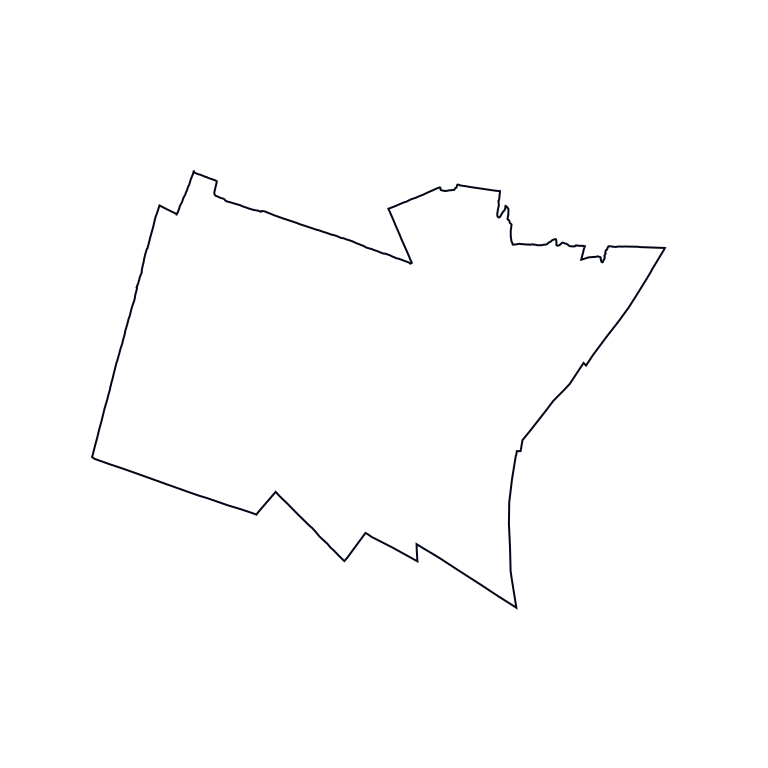 Garla Mare, Mehedinti, Romania, rotated 260°
{"feature_id": "2599482B64149549222461", "entity_name": "Garla Mare", "entity_type": "district", "adm_level": 2, "iso_a3": "ROU", "parent_name": "Romania", "parent_adm1": "Mehedinti", "projection": "albers", "projection_center": [22.804, 44.221], "detail": "fine", "context": "isolated", "style": "outline", "palette": "ink", "viewbox_px": 768, "rotation_deg": 260, "n_neighbors": 0, "source": "geoboundaries", "source_scale": "gbopen_adm2", "svg_char_len": 6158}
<svg xmlns="http://www.w3.org/2000/svg" viewBox="0 0 768 768"><g transform="rotate(260 384 384)"><path d="M578.3,285.3L580.7,280.6L581.9,278.6L583.4,275.8L583.9,275.0L585.0,273.5L587.7,267.9L588.8,265.9L591.0,261.2L591.9,259.8L592.4,259.5L592.9,259.3L593.6,259.0L594.5,257.8L595.7,255.3L597.3,253.0L598.8,250.6L599.9,250.2L601.0,250.0L602.0,250.1L612.3,254.5L612.7,254.5L612.9,254.4L614.1,252.8L617.6,246.5L618.4,245.5L619.1,244.0L622.1,239.3L622.5,238.2L623.6,236.2L624.2,235.4L624.6,234.8L625.1,234.1L625.7,233.8L626.1,233.7L627.3,234.0L625.3,232.9L623.9,232.3L622.7,231.5L618.5,228.9L616.1,227.8L615.7,227.5L614.0,226.8L612.8,225.6L612.3,225.4L608.7,223.4L606.4,221.8L605.3,221.4L602.0,218.7L598.4,216.8L596.1,215.0L595.0,214.1L594.1,213.5L593.1,213.2L589.2,210.9L586.9,209.2L587.0,209.0L587.7,208.9L594.1,200.1L598.8,193.9L591.6,190.1L588.3,188.1L585.2,186.7L578.4,183.8L567.6,178.6L565.6,177.8L558.6,174.6L558.4,174.1L556.7,173.1L552.5,171.1L549.4,169.7L544.9,168.1L542.9,167.1L537.5,165.0L536.9,165.0L536.3,164.9L535.1,164.3L531.5,162.0L528.8,160.9L528.0,160.4L525.1,159.1L524.1,158.1L523.5,158.1L522.9,157.8L522.3,157.2L522.1,157.1L521.6,157.4L520.9,157.3L520.2,157.0L515.1,154.6L512.3,153.7L510.8,153.1L508.7,152.1L505.5,150.2L504.6,149.8L503.6,149.2L500.7,147.8L496.0,145.8L493.9,144.7L492.7,143.9L488.4,142.0L482.3,139.0L480.9,138.2L480.6,138.0L479.9,138.0L479.3,137.8L476.4,136.5L471.8,134.2L470.1,133.7L464.2,130.5L459.8,128.5L454.3,125.8L453.3,125.4L451.3,124.2L439.6,119.0L436.5,117.7L432.0,115.5L430.5,115.0L428.2,113.8L427.1,113.5L425.4,112.8L419.5,109.9L418.7,109.7L417.5,109.1L407.6,104.2L396.6,99.4L388.0,95.3L381.0,92.3L374.9,89.4L363.7,84.3L362.7,83.8L360.5,86.0L352.8,99.6L346.4,111.4L338.0,126.3L322.9,152.7L311.9,172.1L306.2,182.3L302.7,189.3L291.4,209.6L286.7,219.0L280.8,230.0L277.5,235.8L279.0,237.1L296.6,258.6L292.1,261.4L282.5,268.4L270.9,276.3L257.2,286.1L254.8,288.2L250.5,290.9L244.8,294.1L236.5,300.5L232.4,302.8L228.7,305.7L222.1,310.1L216.5,314.2L219.6,318.0L233.1,332.1L240.5,339.9L238.8,342.0L235.6,345.2L221.8,363.5L203.6,386.1L215.5,387.5L220.6,388.3L216.5,392.9L203.5,407.9L190.0,422.3L168.0,446.1L159.6,454.9L154.1,460.8L140.7,475.5L171.6,476.0L177.8,476.2L201.0,479.7L224.4,482.7L245.8,486.8L267.9,493.5L290.3,501.3L291.3,502.0L294.8,503.1L294.2,506.9L304.6,510.6L313.1,520.4L329.8,539.0L338.0,547.8L347.0,560.5L351.8,566.9L370.1,584.2L367.1,586.2L376.2,594.8L392.8,612.4L405.2,626.2L416.9,638.3L425.7,646.4L441.8,660.8L449.2,667.2L450.0,667.6L467.3,682.8L469.2,684.2L474.4,659.8L475.1,657.7L475.8,654.1L477.5,645.4L478.1,641.3L478.4,640.5L478.5,640.0L478.6,638.7L478.8,637.2L478.7,636.5L478.9,635.2L480.2,631.1L480.6,628.9L478.9,627.6L478.5,627.5L477.4,626.6L477.4,626.2L478.0,626.2L474.8,624.6L474.4,624.7L474.0,624.9L473.4,624.5L472.3,623.5L471.9,623.3L471.5,623.3L471.3,623.5L470.6,623.4L469.9,623.1L469.4,623.1L468.8,622.7L468.5,622.3L466.9,621.0L465.9,620.5L465.9,620.4L466.2,619.7L466.4,619.5L467.0,619.3L469.2,619.1L470.3,619.3L471.1,619.3L471.3,619.2L471.3,618.9L472.4,617.2L472.6,616.2L472.5,614.5L472.6,612.9L472.7,612.7L473.1,608.5L473.1,606.7L472.5,602.6L472.3,601.4L472.2,599.8L474.9,601.0L479.3,603.1L481.6,604.0L484.8,605.7L484.9,605.1L485.4,604.3L485.5,603.7L485.6,603.2L485.8,602.7L486.0,601.5L486.2,600.6L486.3,599.7L486.5,599.0L486.8,598.6L487.2,597.2L487.1,596.7L486.7,596.7L486.4,595.5L486.6,594.8L486.7,593.6L487.1,592.6L487.3,591.4L488.3,589.9L489.2,589.3L490.4,588.1L490.8,587.0L491.2,586.2L491.8,585.4L492.0,585.0L492.2,584.3L491.8,583.2L491.3,582.7L490.7,581.8L490.4,580.9L490.1,580.2L490.1,579.8L490.2,578.5L490.7,578.0L491.0,577.9L494.0,578.5L496.6,578.5L496.7,578.4L496.9,577.0L496.7,575.8L496.3,574.4L495.6,573.5L495.2,572.7L495.0,571.6L494.3,570.0L493.5,569.1L493.3,568.3L493.2,567.1L493.4,566.1L493.5,565.4L493.3,563.9L493.4,562.7L493.6,561.8L494.1,559.0L495.0,557.0L495.4,555.2L495.7,554.8L495.8,554.0L495.8,553.2L495.8,551.8L496.3,550.8L496.6,548.6L497.1,546.6L497.5,545.6L498.0,543.2L498.5,541.9L498.6,540.8L498.6,539.2L498.5,538.4L498.8,536.2L498.8,535.5L498.8,535.1L499.1,534.9L499.4,534.9L500.9,534.8L502.4,534.3L507.7,534.5L513.3,535.5L517.9,537.0L518.9,537.3L519.5,537.1L520.7,535.9L523.3,535.7L524.5,534.5L525.3,534.3L529.0,535.8L534.4,536.9L535.4,536.7L536.7,536.0L537.9,535.2L538.3,534.6L537.6,534.2L536.1,534.1L534.3,532.9L532.7,530.9L528.7,527.5L528.1,526.5L528.1,525.8L529.3,524.9L531.2,524.9L535.8,526.4L540.5,528.3L541.3,528.2L543.2,528.5L544.1,528.3L545.4,529.3L547.4,530.0L549.7,530.5L551.0,531.0L553.4,531.7L554.0,531.6L553.9,531.1L555.3,526.4L563.1,502.9L564.9,498.0L565.4,496.2L566.4,493.4L567.4,491.8L567.6,491.0L567.3,490.7L566.7,490.3L565.1,489.6L564.8,489.2L564.6,488.9L564.4,488.1L564.2,487.9L563.8,487.6L563.1,487.0L563.0,486.6L563.4,481.2L563.3,479.9L563.5,477.5L564.6,474.7L565.1,473.8L565.4,473.5L567.5,473.6L567.8,473.4L567.9,473.1L567.8,472.0L567.1,468.5L566.2,465.3L565.4,461.8L564.6,458.8L563.4,454.6L563.3,454.0L563.2,453.1L562.8,451.2L562.0,448.2L561.5,444.9L561.3,443.2L560.7,441.1L559.8,438.1L559.6,437.1L559.5,436.1L559.2,434.2L557.1,425.4L556.6,422.8L556.0,420.0L555.9,418.8L555.4,418.9L545.6,421.3L538.8,422.8L527.6,425.5L523.6,426.3L508.9,430.0L504.6,431.0L503.4,431.2L498.5,432.4L497.9,430.9L498.8,430.1L499.7,429.0L502.3,424.5L503.0,423.4L504.8,420.2L505.8,417.8L507.1,416.1L507.2,415.7L508.9,413.2L509.5,412.6L510.0,411.8L510.2,411.3L510.7,410.4L511.0,410.0L512.1,408.0L512.4,406.6L513.1,405.1L515.6,401.1L516.2,400.2L517.2,398.4L517.6,397.3L519.3,395.1L519.6,393.8L520.5,392.2L521.1,391.0L521.7,389.9L522.3,389.2L523.3,388.2L524.4,386.4L525.1,385.1L525.5,384.6L527.4,381.3L530.1,377.5L532.1,373.8L533.4,371.3L534.5,369.6L534.8,368.5L535.2,367.5L535.3,366.9L536.0,366.1L537.5,363.8L538.4,362.3L539.8,359.4L540.0,358.5L542.9,353.6L543.5,352.4L543.8,351.6L546.8,346.4L547.4,344.8L553.8,333.0L555.3,330.1L556.5,328.0L557.8,326.1L558.6,324.4L561.6,319.0L562.2,317.7L563.7,315.1L564.1,314.1L565.8,311.3L566.6,309.7L567.2,308.8L569.5,304.7L570.3,303.4L571.0,302.6L571.2,302.1L573.9,297.7L574.5,296.9L574.8,296.2L575.4,294.6L575.5,293.7L575.5,293.2L575.0,292.7L576.5,290.2L578.3,285.3Z" fill="none" stroke="#020617" stroke-width="2"/></g></svg>